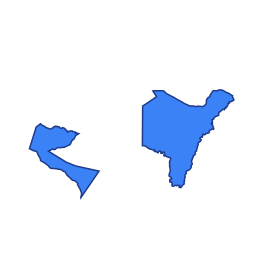 outline of San Jorge, Ocotepeque, Honduras, rotated 213°
{"feature_id": "27666195B23999178125718", "entity_name": "San Jorge", "entity_type": "district", "adm_level": 2, "iso_a3": "HND", "parent_name": "Honduras", "parent_adm1": "Ocotepeque", "projection": "robinson", "projection_center": [-89.114, 14.655], "detail": "fine", "context": "isolated", "style": "filled", "palette": "blue", "viewbox_px": 256, "rotation_deg": 213, "n_neighbors": 0, "source": "geoboundaries", "source_scale": "gbopen_adm2", "svg_char_len": 5656}
<svg xmlns="http://www.w3.org/2000/svg" viewBox="0 0 256 256"><g transform="rotate(213 128 128)"><path d="M101.6,178.8L106.7,178.6L114.3,177.8L118.0,178.5L119.1,178.2L123.6,175.3L125.8,173.9L127.3,172.6L121.1,169.8L125.5,159.2L127.7,154.4L106.3,121.0L104.8,121.9L103.5,122.3L102.6,122.3L100.8,122.1L98.6,122.2L96.9,122.8L95.0,123.2L94.2,123.9L93.8,124.1L93.5,124.1L93.3,123.9L93.3,123.6L93.3,123.1L93.2,122.8L93.0,122.7L92.6,122.9L92.3,123.4L92.1,123.5L89.4,123.5L89.2,123.7L89.1,123.9L89.5,124.5L89.5,125.0L89.3,125.4L88.9,125.8L88.1,126.1L87.4,126.1L87.0,125.8L87.0,125.2L86.9,124.9L86.6,124.8L86.2,124.8L85.8,125.1L85.5,125.4L85.5,125.8L85.6,126.4L85.5,126.8L85.0,127.2L84.6,127.4L84.1,127.3L83.8,127.1L83.2,125.0L82.9,124.5L82.6,124.2L82.4,124.2L82.2,124.4L82.3,125.2L82.2,125.4L82.0,125.5L81.6,125.5L80.9,125.1L80.4,125.0L78.4,125.4L76.8,125.9L76.3,125.9L75.6,125.4L75.1,124.7L75.0,124.1L75.0,122.9L74.7,122.2L71.9,118.1L70.6,116.9L69.4,115.4L69.0,114.4L68.4,112.1L67.6,110.3L67.3,110.1L67.0,110.0L65.1,110.0L64.1,109.5L63.9,109.3L63.8,109.0L63.9,108.7L64.6,108.0L64.9,107.5L64.1,106.3L63.7,105.7L63.4,105.5L63.1,105.6L62.5,106.3L62.3,106.4L62.0,106.4L61.3,105.8L60.4,105.3L60.3,105.0L60.2,104.2L59.8,103.7L59.4,103.5L58.9,103.5L58.5,103.6L58.2,103.9L57.5,105.1L56.9,105.9L56.6,106.0L56.1,106.0L55.8,106.1L54.8,107.2L54.0,107.7L53.5,107.9L53.1,107.7L52.9,107.3L53.1,106.6L53.0,106.3L52.8,106.2L52.5,106.2L52.3,106.3L52.1,106.9L51.9,107.0L51.7,107.0L51.5,106.8L51.3,106.8L51.1,107.8L51.0,110.2L50.5,111.1L50.5,112.0L51.1,112.4L51.4,112.7L51.6,113.3L51.5,114.0L52.1,114.8L52.7,115.8L53.5,118.3L54.3,119.1L54.6,119.6L54.7,120.1L54.4,121.0L54.4,121.6L54.7,122.1L55.4,122.6L55.5,123.2L55.5,123.7L55.4,124.1L54.4,125.2L53.7,126.7L53.5,127.9L53.6,129.2L53.8,129.8L54.3,130.6L54.5,131.2L54.5,131.8L54.4,132.5L54.5,132.8L56.5,134.5L56.9,134.9L57.1,135.3L57.1,135.6L56.8,136.0L56.8,136.4L57.4,137.2L57.5,138.9L57.6,139.3L58.0,139.8L58.1,140.2L58.1,140.5L57.7,140.9L57.5,141.4L57.4,142.0L57.4,142.7L57.7,143.5L58.4,144.2L58.6,144.7L58.5,145.2L58.2,145.8L58.1,146.3L58.3,146.8L58.8,147.4L59.0,147.9L59.1,148.4L59.1,149.2L59.2,149.6L59.4,149.8L59.8,150.0L59.9,150.3L60.0,150.6L59.8,151.4L60.0,152.1L60.3,152.6L60.8,153.2L61.0,153.6L60.9,154.2L60.4,155.2L60.2,155.9L60.1,156.9L60.1,157.7L60.3,158.1L60.7,158.3L61.0,158.3L61.5,158.1L61.9,158.2L62.2,158.4L62.3,158.9L62.1,159.6L61.7,160.2L61.4,160.5L60.9,160.6L60.7,160.8L61.8,163.4L61.7,163.8L61.4,164.0L60.6,163.8L60.1,164.0L59.8,164.5L59.5,165.7L57.5,168.1L57.5,168.3L57.8,168.9L58.2,170.0L58.3,170.6L57.8,171.1L57.4,172.1L57.0,172.6L56.4,173.2L55.7,173.3L55.5,173.6L55.7,174.1L56.3,174.7L56.7,174.9L57.3,175.1L57.6,175.3L57.8,175.6L57.9,176.1L58.1,176.3L60.4,176.8L60.6,176.9L60.7,177.2L60.6,177.4L60.4,177.6L59.9,177.6L59.7,177.8L59.7,178.1L61.7,180.3L62.1,180.8L62.1,181.0L61.9,181.3L61.4,181.4L61.1,181.7L61.1,182.2L61.4,182.9L61.1,184.0L60.9,185.1L58.9,188.0L59.0,188.3L59.6,189.2L60.3,190.4L60.3,190.8L59.9,191.2L59.7,191.6L59.1,193.6L58.9,195.0L58.2,195.5L57.5,195.7L57.2,195.8L57.2,196.1L57.5,196.5L57.5,196.9L57.4,197.2L57.0,197.5L56.8,197.7L56.9,198.1L57.3,198.3L57.4,198.7L57.3,199.0L56.8,199.2L56.6,199.4L56.7,200.4L56.7,201.7L56.9,202.1L57.4,202.6L57.5,203.0L57.3,203.4L56.8,203.6L56.6,204.1L56.8,204.5L57.2,204.7L57.3,205.1L57.0,205.4L56.4,205.7L55.8,206.4L54.8,208.2L54.5,209.0L54.5,209.3L54.7,209.5L56.2,210.3L57.8,211.5L57.7,211.9L57.2,212.0L63.7,211.9L64.3,211.5L64.8,211.3L66.8,211.4L68.1,211.3L69.9,211.0L71.0,210.5L72.6,209.2L73.8,207.5L75.8,206.4L76.8,205.6L77.0,205.3L76.9,203.3L77.1,200.6L77.0,200.1L76.7,199.3L76.6,198.8L76.8,198.2L77.2,197.6L77.4,197.0L77.6,195.8L77.5,194.7L77.4,193.9L76.7,193.1L76.1,191.9L75.8,191.1L75.7,190.6L75.8,189.6L76.1,188.5L76.5,187.4L76.9,186.7L81.3,184.4L81.7,184.0L82.2,183.3L82.6,182.9L84.5,182.3L85.4,181.9L86.8,181.1L88.0,180.2L93.6,179.3L96.8,179.2L101.6,178.8ZM129.6,44.0L128.8,76.1L151.1,67.7L161.2,65.7L182.2,65.2L181.7,66.2L180.7,67.4L180.3,68.8L179.9,69.2L178.2,69.6L177.5,70.4L176.7,72.8L175.9,73.6L174.0,74.6L172.4,76.1L171.7,76.5L171.2,76.9L170.1,78.3L168.8,80.7L167.8,82.0L167.6,82.6L167.6,83.4L168.0,85.9L168.1,86.9L167.9,87.7L167.4,88.9L167.3,89.8L167.4,90.7L167.7,92.0L167.7,92.5L167.4,94.1L166.2,96.4L168.3,95.9L168.5,95.7L168.6,95.2L168.9,95.0L169.2,95.2L169.4,95.8L169.7,96.0L172.0,94.9L172.7,95.2L173.4,95.0L174.1,94.6L176.1,92.9L176.3,92.5L176.2,91.9L176.4,91.6L177.0,91.8L177.7,92.3L178.6,92.4L179.3,92.9L179.5,92.9L180.2,92.7L180.5,92.8L180.9,93.1L181.3,93.1L182.2,92.9L183.0,92.7L183.2,92.4L183.4,91.9L183.6,91.7L184.1,91.3L184.7,91.0L185.5,91.0L185.9,91.4L186.2,91.5L186.5,91.4L186.8,91.0L187.2,90.9L188.3,90.9L188.5,90.8L188.7,90.3L189.0,90.1L189.3,90.0L189.7,90.1L189.9,90.0L190.3,89.2L190.9,88.5L190.9,87.6L191.7,86.2L192.0,85.3L192.2,85.0L192.7,84.8L197.4,83.6L197.8,83.6L198.3,83.9L198.8,84.0L200.3,83.7L201.9,83.6L203.7,83.9L205.5,78.8L199.4,57.0L197.7,57.1L196.0,57.4L195.0,57.4L193.0,58.2L192.3,58.4L191.7,58.4L190.6,57.9L189.2,56.8L185.0,54.6L184.4,54.1L183.8,53.3L183.4,53.1L182.7,53.0L179.6,53.3L176.4,53.1L174.6,53.0L173.9,52.9L172.6,52.3L171.2,52.1L170.7,52.2L166.3,54.6L163.7,55.6L161.8,56.5L160.8,56.8L160.4,56.8L159.5,56.5L158.8,56.4L158.1,56.6L157.2,57.0L156.7,57.0L156.4,56.9L155.9,56.3L155.5,56.1L155.1,56.0L154.4,56.0L154.0,55.9L153.8,55.7L153.5,55.2L153.2,55.0L152.8,55.0L152.2,55.2L151.8,55.2L150.5,54.6L148.9,54.6L147.8,54.1L147.1,54.0L146.0,54.0L145.1,54.5L144.1,54.5L143.3,54.9L143.0,54.9L141.8,54.5L140.4,54.3L139.8,54.1L139.6,53.8L139.6,53.3L139.4,53.0L138.6,52.6L136.9,51.6L135.3,50.9L131.6,48.2L131.3,47.9L130.6,46.5L130.1,44.7L129.6,44.0Z" fill="#3b82f6" stroke="#1e3a8a" stroke-width="1.5"/></g></svg>